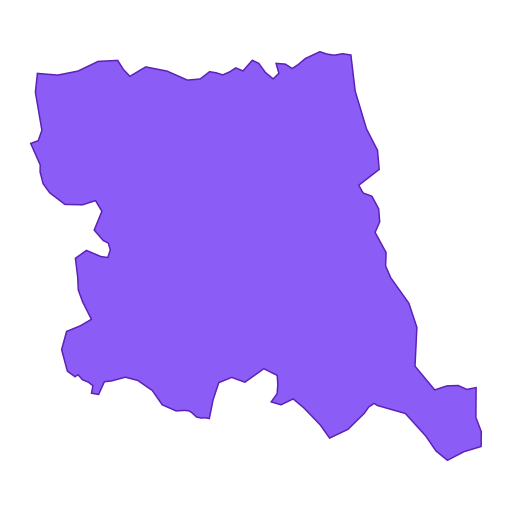 SVG path tracing the border of Stara Zagora
{"feature_id": "BGR-2233", "entity_name": "Stara Zagora", "entity_type": "Province", "adm_level": 1, "iso_a3": "BGR", "parent_name": "Bulgaria", "parent_adm1": "", "projection": "mercator", "projection_center": [25.503, 42.404], "detail": "fine", "context": "isolated", "style": "filled", "palette": "violet", "viewbox_px": 512, "rotation_deg": 0, "n_neighbors": 0, "source": "natural_earth", "source_scale": "10m", "svg_char_len": 1624}
<svg xmlns="http://www.w3.org/2000/svg" viewBox="0 0 512 512"><path d="M82.6,204.8L64.9,204.4L49.7,192.8L43.1,183.7L40.1,172.0L40.2,164.9L30.7,143.4L38.2,140.7L41.9,130.3L35.4,92.2L37.4,73.4L57.6,75.1L77.9,71.1L98.1,61.4L117.7,60.4L123.4,69.5L129.9,76.3L145.7,66.9L167.0,71.1L187.4,80.1L200.1,79.0L209.6,71.7L216.2,72.8L222.7,74.9L229.8,71.8L235.7,67.9L243.0,70.9L252.3,60.3L258.7,63.3L265.4,72.5L273.2,78.9L278.9,73.3L276.1,63.4L285.3,64.1L292.2,68.5L298.3,64.5L305.5,58.4L319.9,51.7L326.9,54.1L334.3,55.2L342.6,53.7L350.9,55.0L355.2,91.2L366.5,128.9L377.5,150.3L379.2,169.4L358.8,185.2L363.1,193.0L372.0,196.3L378.7,209.0L379.7,221.8L375.1,232.4L386.1,252.6L385.6,265.9L390.8,277.9L408.9,303.3L416.9,327.4L415.0,366.2L434.7,389.9L446.8,385.9L458.2,385.5L466.8,389.4L476.1,387.6L475.9,417.5L481.3,431.7L481.1,446.5L463.9,451.7L447.4,460.3L436.0,451.0L425.9,436.2L405.4,413.5L377.4,405.5L374.1,403.4L368.7,407.0L364.3,413.3L348.0,429.3L329.6,438.1L320.3,425.0L304.1,408.1L293.2,398.9L281.0,404.8L271.2,401.9L277.1,393.7L277.8,384.6L277.2,375.4L263.8,368.7L244.9,382.2L231.7,377.4L218.8,382.6L213.1,399.7L209.3,418.5L205.3,417.8L201.0,418.0L196.5,417.0L192.1,412.9L189.1,410.9L184.6,410.4L176.1,410.9L162.2,404.8L152.3,390.5L137.7,380.4L125.3,377.2L111.6,380.9L104.4,381.7L98.6,394.5L91.5,393.2L92.9,385.8L88.6,382.3L82.4,379.7L78.1,374.8L75.0,376.7L67.4,371.2L61.6,349.6L66.6,331.4L79.9,326.0L91.4,319.3L82.6,301.8L78.3,290.0L77.7,277.1L75.4,258.3L86.4,250.4L101.0,256.6L107.8,257.5L110.3,249.9L108.3,243.1L103.2,240.5L94.2,230.1L101.9,211.3L95.5,200.6L82.6,204.8Z" fill="#8b5cf6" stroke="#5b21b6" stroke-width="1.5"/></svg>